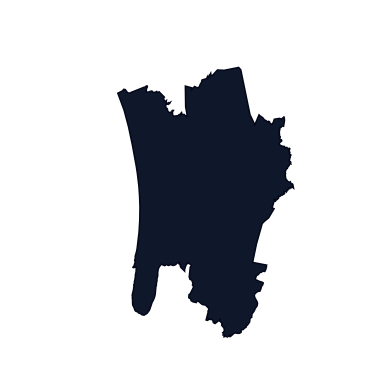 Escuinapa, Sinaloa, Mexico (Equal Earth projection), rotated 28°
{"feature_id": "50627088B92703262083917", "entity_name": "Escuinapa", "entity_type": "district", "adm_level": 2, "iso_a3": "MEX", "parent_name": "Mexico", "parent_adm1": "Sinaloa", "projection": "equal_earth", "projection_center": [-105.661, 22.715], "detail": "fine", "context": "isolated", "style": "filled", "palette": "ink", "viewbox_px": 384, "rotation_deg": 28, "n_neighbors": 0, "source": "geoboundaries", "source_scale": "gbopen_adm2", "svg_char_len": 6100}
<svg xmlns="http://www.w3.org/2000/svg" viewBox="0 0 384 384"><g transform="rotate(28 192 192)"><path d="M292.2,221.5L278.6,225.7L273.3,207.7L268.8,186.9L269.6,184.2L271.8,178.8L272.3,168.2L270.2,168.4L268.6,160.9L268.0,159.8L268.3,159.5L268.9,159.6L269.4,161.1L269.9,161.1L270.2,159.3L270.7,158.7L271.3,156.9L271.1,156.3L270.3,155.2L271.3,154.9L271.9,154.2L272.1,153.6L271.9,153.0L273.2,152.4L273.4,152.0L273.3,151.4L274.2,150.7L274.4,150.1L274.3,149.6L274.0,149.5L273.5,150.0L273.4,149.7L273.4,148.2L274.6,147.6L275.3,147.8L275.4,146.0L275.8,144.9L275.3,144.4L275.6,143.4L275.9,143.1L276.7,143.2L277.0,141.2L277.6,141.6L277.9,140.8L278.3,140.6L279.8,140.9L277.5,138.0L277.0,138.2L276.5,137.7L275.5,138.1L274.0,136.8L273.5,137.7L272.8,137.9L270.1,137.2L269.6,136.6L268.8,136.6L266.3,133.1L265.9,131.6L264.3,130.3L264.9,129.5L264.4,128.3L264.7,127.0L265.1,126.5L264.9,124.9L265.3,123.2L265.1,121.9L265.5,121.0L266.1,120.8L265.4,120.2L265.3,119.5L264.9,119.1L263.4,119.0L262.7,116.9L262.3,114.8L261.8,114.1L262.1,113.4L262.0,112.9L259.8,112.5L259.7,112.0L259.9,111.2L258.4,110.0L258.3,108.7L257.9,107.7L257.6,107.6L256.4,108.7L254.7,108.1L253.5,109.5L253.1,109.4L252.4,108.4L251.7,108.5L250.7,109.1L247.8,109.3L246.8,109.0L246.3,107.9L246.2,107.3L247.2,105.1L247.1,104.5L246.6,104.0L244.1,103.9L243.9,103.4L244.2,102.3L244.1,101.9L242.9,101.3L241.5,98.9L241.1,98.7L240.0,95.1L239.3,94.4L239.7,93.7L240.1,93.5L240.4,92.5L240.3,92.2L240.6,91.4L242.0,91.0L240.1,85.4L238.6,83.1L237.9,82.6L236.9,85.5L234.7,85.9L230.5,89.1L231.0,91.8L231.0,94.8L230.4,94.7L230.3,95.2L228.1,94.3L227.6,93.7L226.5,93.6L226.3,94.5L225.6,94.7L225.1,94.4L222.7,94.2L222.1,94.5L220.4,93.4L217.7,92.9L215.9,92.8L215.0,92.4L215.9,103.1L206.9,96.5L177.7,61.2L174.7,60.1L163.2,69.5L157.2,72.3L155.3,79.6L154.1,80.2L152.8,78.4L152.8,80.0L152.5,80.6L153.1,81.6L153.0,82.1L152.5,83.4L151.5,82.3L151.4,82.9L151.6,83.6L151.7,85.3L151.1,85.6L148.3,88.3L148.9,90.8L148.7,93.2L148.9,94.5L148.9,96.3L148.8,96.8L146.8,97.7L145.7,97.5L144.8,97.6L144.6,98.8L144.3,98.9L144.4,99.8L143.5,101.8L142.9,100.1L136.4,101.6L146.4,119.8L152.3,127.3L152.2,127.4L151.8,127.4L151.6,127.8L151.3,127.4L150.6,127.4L149.6,127.7L148.5,127.2L147.8,127.8L146.8,128.2L146.7,128.6L146.3,128.6L146.1,127.4L145.5,126.7L145.3,127.3L145.3,128.7L145.1,130.1L144.4,129.6L143.3,131.8L142.3,132.1L140.9,133.4L139.5,133.4L138.6,132.9L137.3,130.7L137.1,129.8L137.3,129.2L137.3,128.7L136.3,129.2L136.2,129.5L136.7,131.3L135.7,131.5L134.9,132.4L134.5,132.5L132.7,132.1L131.2,130.2L130.3,129.9L130.2,130.2L130.0,129.8L129.1,129.9L127.9,127.0L128.3,126.2L129.9,125.8L130.7,124.2L130.7,123.1L129.9,124.4L129.5,124.1L129.0,125.0L128.3,125.1L127.9,125.6L128.1,126.3L127.6,126.3L126.5,123.4L126.1,124.5L125.7,124.7L125.1,124.6L124.8,124.1L124.5,124.0L124.6,124.3L124.4,124.4L123.8,123.9L122.8,122.1L123.0,121.2L115.9,119.0L114.9,120.1L114.4,120.2L113.6,119.8L112.8,121.0L111.5,122.1L110.6,122.4L109.8,121.7L109.0,121.8L107.6,123.0L107.2,123.9L106.0,124.4L105.8,125.0L105.4,125.3L104.3,124.8L104.2,124.2L103.3,122.2L103.3,120.2L102.9,119.6L102.4,119.4L101.7,120.2L101.2,121.9L100.5,122.0L90.0,134.4L88.1,134.4L85.0,132.9L83.6,133.3L83.3,133.8L83.8,134.4L80.1,139.6L93.6,151.6L105.4,164.3L117.2,178.4L130.6,195.3L135.0,201.2L142.3,211.7L147.6,220.2L153.1,229.7L159.1,241.4L164.2,252.6L170.0,267.5L170.9,270.3L172.0,275.3L173.0,277.2L173.5,279.4L174.1,279.8L174.5,279.7L175.5,284.3L175.2,285.3L175.3,286.3L176.1,286.2L177.4,284.6L178.5,285.4L180.1,288.8L181.0,292.0L181.8,293.3L182.1,294.7L182.6,295.6L183.3,298.5L183.7,298.7L183.8,299.1L184.3,301.1L184.2,301.4L184.9,302.4L185.5,303.6L185.4,304.0L185.9,304.8L187.4,310.4L187.9,311.7L188.4,312.1L188.8,312.7L188.8,313.2L190.3,315.4L191.6,317.9L192.8,319.7L195.2,321.3L196.5,322.7L197.9,323.6L199.0,323.6L200.4,323.3L201.4,323.9L204.1,323.6L205.3,323.9L207.5,323.3L209.3,320.2L209.9,316.2L208.6,308.2L208.6,305.5L208.3,302.5L207.5,299.5L204.6,292.6L204.3,291.0L203.3,289.0L202.8,286.9L201.7,284.8L201.2,282.3L199.6,279.3L198.4,276.0L198.2,273.4L198.9,270.2L199.3,269.8L200.5,270.1L202.4,269.9L202.9,269.2L203.0,268.7L203.4,268.1L205.7,267.9L206.3,267.4L206.4,267.1L207.6,265.9L207.8,265.4L208.7,266.0L209.9,265.7L211.6,264.0L212.2,261.8L212.6,261.2L212.9,260.8L213.5,261.2L213.6,260.8L213.8,261.1L214.1,260.3L214.7,260.8L214.7,261.2L215.1,261.1L215.4,261.9L216.3,261.8L216.7,263.3L218.1,264.0L222.6,265.3L221.9,264.0L221.2,260.8L221.0,258.4L221.3,258.3L221.4,256.3L222.1,256.6L224.6,256.6L225.9,256.8L226.0,257.2L225.7,259.1L229.4,268.3L231.1,270.0L233.3,270.0L235.7,272.3L236.0,273.8L238.0,275.0L238.2,282.7L237.5,283.9L238.5,286.4L239.2,287.0L241.1,287.0L242.2,288.4L244.6,288.5L247.7,287.6L247.6,286.1L248.6,285.4L253.9,286.5L257.0,285.5L261.3,286.9L262.0,287.4L262.0,289.7L262.6,290.2L264.5,298.4L265.4,298.2L265.4,297.7L266.1,297.9L266.4,297.2L266.2,296.3L267.1,296.3L267.4,296.1L267.4,295.7L268.1,295.8L268.1,295.5L269.2,295.2L269.2,295.4L271.0,295.6L271.3,296.2L271.5,296.2L271.6,296.8L272.6,296.5L272.7,297.3L274.1,297.3L276.6,291.6L276.8,292.7L277.1,293.0L279.2,293.5L279.9,294.0L280.6,293.9L280.6,295.6L281.1,296.0L282.6,296.3L283.4,297.0L284.3,296.9L284.5,297.7L285.6,298.9L285.6,301.1L285.2,301.7L286.1,302.2L286.5,303.7L287.3,303.3L287.9,303.5L288.2,304.8L289.0,304.2L289.4,303.4L291.2,303.5L292.1,302.1L292.5,300.7L292.9,300.6L292.9,301.3L293.5,301.8L294.3,300.4L295.1,297.7L296.4,296.0L298.0,295.7L300.2,294.5L301.2,293.0L300.9,291.9L300.1,290.7L300.4,290.1L301.4,289.8L301.7,289.5L302.5,287.0L303.1,286.4L303.2,285.9L303.0,284.6L303.6,282.6L303.9,279.7L302.7,276.7L302.8,276.0L303.6,274.5L302.9,273.5L302.7,272.5L302.2,271.6L302.7,268.6L302.7,266.7L302.5,265.0L302.9,262.7L302.7,261.1L302.1,259.5L300.8,258.2L296.8,255.6L295.4,253.7L295.3,252.7L296.0,250.3L297.1,248.6L298.5,247.7L298.3,245.3L297.7,242.4L298.0,240.7L297.6,238.8L296.8,238.7L295.1,238.9L292.7,239.4L291.1,239.3L290.3,239.7L289.2,239.4L288.7,238.6L288.1,235.6L289.2,233.9L289.7,231.7L290.0,231.0L290.8,230.5L291.8,228.5L293.3,228.2L293.6,227.7L293.5,225.8L292.8,222.8L292.3,222.6L292.2,221.5Z" fill="#0f172a" stroke="#020617" stroke-width="1.5"/></g></svg>